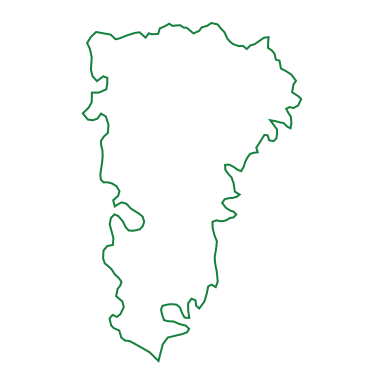 outline of Estrela Velha, Rio Grande do Sul, Brazil
{"feature_id": "56859067B2904675131057", "entity_name": "Estrela Velha", "entity_type": "district", "adm_level": 2, "iso_a3": "BRA", "parent_name": "Brazil", "parent_adm1": "Rio Grande do Sul", "projection": "equal_earth", "projection_center": [-53.174, -29.247], "detail": "fine", "context": "isolated", "style": "outline", "palette": "green", "viewbox_px": 384, "rotation_deg": 0, "n_neighbors": 0, "source": "geoboundaries", "source_scale": "gbopen_adm2", "svg_char_len": 2949}
<svg xmlns="http://www.w3.org/2000/svg" viewBox="0 0 384 384"><path d="M301.2,99.1L298.3,96.2L292.1,92.2L293.4,84.7L296.0,80.8L291.4,74.6L285.3,70.7L280.9,68.5L279.5,60.7L275.8,59.6L274.6,53.8L271.9,50.5L268.0,47.9L268.1,43.1L268.6,37.2L264.0,37.7L254.5,44.3L250.4,45.4L246.8,49.0L243.0,45.9L238.4,46.0L232.9,44.0L229.7,41.3L227.3,38.6L224.5,32.3L221.1,28.7L217.6,24.4L211.3,23.0L207.3,25.8L201.8,27.3L199.1,30.9L193.5,33.4L186.7,27.8L183.5,27.5L180.1,25.2L172.3,25.8L169.3,23.7L164.5,26.4L159.8,28.4L158.2,33.9L151.8,34.3L148.7,33.3L145.6,37.7L139.6,32.3L135.1,32.9L128.1,35.0L118.8,38.6L115.4,39.2L110.7,34.6L96.1,32.0L91.0,36.8L87.1,43.1L89.5,47.9L90.7,52.2L91.7,57.6L90.9,69.8L92.6,76.3L97.0,81.1L103.2,76.3L107.3,77.9L107.3,83.4L106.3,89.3L98.8,92.6L91.9,92.6L91.7,102.3L88.7,107.6L82.8,113.4L87.9,119.6L93.1,120.2L97.4,118.6L101.1,113.6L105.9,116.6L108.5,124.9L107.9,132.9L103.8,136.6L100.9,141.0L101.2,145.5L102.4,150.3L102.7,155.7L102.2,161.7L100.3,174.6L100.9,179.6L103.4,182.3L107.3,182.3L111.9,183.4L116.4,186.1L119.5,191.3L118.0,196.1L113.2,200.2L114.8,206.4L118.4,204.0L121.8,202.4L126.5,203.8L131.0,208.7L134.1,210.6L139.1,213.7L142.7,216.7L144.2,221.8L142.7,226.2L139.8,229.3L136.3,230.2L132.7,230.8L128.6,230.4L125.4,226.8L122.9,221.4L118.2,216.0L114.4,214.4L110.9,218.0L109.7,224.3L111.7,231.8L113.4,237.9L112.9,244.9L107.3,246.0L103.5,250.5L103.1,258.4L104.8,263.4L108.7,266.6L111.4,269.0L114.9,274.5L118.9,278.1L121.5,281.9L120.2,285.7L117.6,288.9L116.1,296.1L122.3,301.4L123.8,307.0L120.4,314.2L116.8,316.9L112.6,314.9L109.5,318.5L111.1,325.3L113.6,328.0L119.2,330.5L121.3,337.6L125.0,340.5L129.5,341.1L132.8,342.7L149.5,352.2L158.5,361.0L162.8,344.2L167.8,337.5L182.9,333.9L187.0,332.3L189.1,328.9L185.6,325.5L182.3,324.8L178.6,323.7L173.6,321.5L167.9,321.2L164.0,320.1L162.4,315.4L161.0,309.7L162.4,305.9L165.5,305.0L169.1,304.3L172.3,304.2L176.7,304.7L180.0,307.6L182.1,313.1L184.6,317.6L189.3,317.9L188.2,310.5L188.1,303.3L191.5,298.7L195.5,300.4L196.2,305.8L199.2,308.5L204.2,301.8L205.5,298.0L206.9,293.0L208.2,286.4L211.6,284.6L215.7,287.1L217.7,281.7L217.2,275.8L216.7,271.1L215.6,265.9L214.8,260.2L214.8,256.0L215.6,251.9L216.3,247.1L216.9,241.5L214.3,234.7L212.6,227.9L212.5,221.8L216.5,220.3L219.7,221.1L223.3,221.1L226.5,220.1L229.9,218.0L233.6,217.4L236.3,214.4L233.6,211.6L230.0,210.5L225.7,207.6L222.2,202.9L224.6,199.3L228.0,198.3L232.8,197.9L236.7,196.8L239.7,194.6L234.8,191.6L233.6,183.2L231.5,177.4L228.5,174.2L225.3,169.7L225.1,164.9L229.0,164.6L233.7,166.9L237.5,169.7L241.1,171.2L243.6,167.0L245.1,162.2L247.2,157.9L249.9,154.1L253.1,152.9L257.7,152.3L256.3,147.5L259.4,143.0L262.0,138.7L264.4,134.9L267.6,135.3L269.2,140.3L273.4,141.2L276.3,138.5L277.1,133.9L277.0,129.4L274.2,125.6L270.2,120.2L275.3,121.1L279.2,122.2L283.7,123.1L287.3,126.7L290.5,128.3L291.4,122.9L290.9,116.8L288.6,113.4L286.2,108.9L289.5,107.1L293.6,108.0L298.1,105.5L301.2,99.1Z" fill="none" stroke="#15803d" stroke-width="2"/></svg>